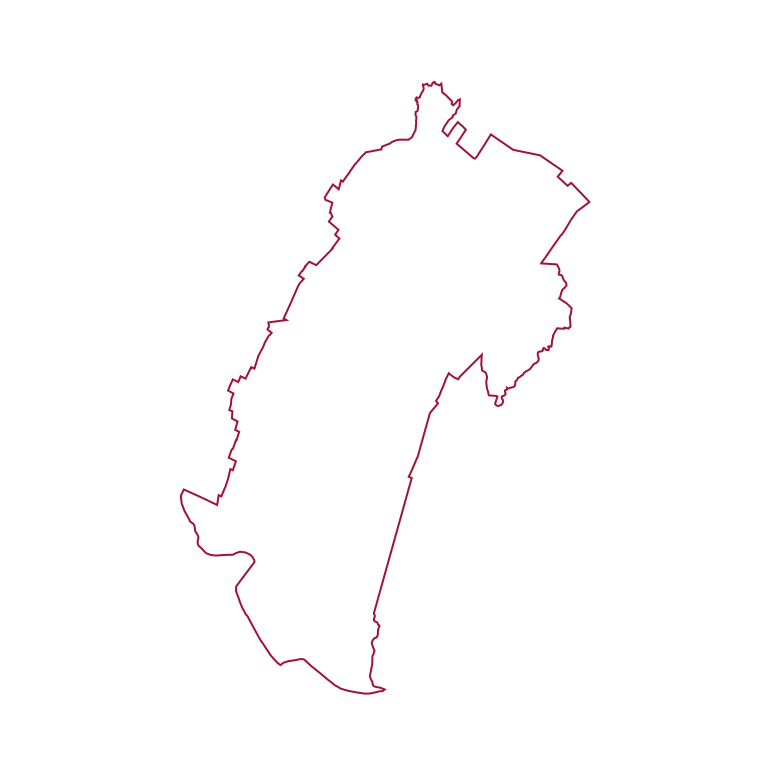 outline of Zaragoza, Puebla, Mexico, rotated 17°
{"feature_id": "50627088B7057522682097", "entity_name": "Zaragoza", "entity_type": "district", "adm_level": 2, "iso_a3": "MEX", "parent_name": "Mexico", "parent_adm1": "Puebla", "projection": "orthographic", "projection_center": [-97.566, 19.746], "detail": "fine", "context": "isolated", "style": "outline", "palette": "rose", "viewbox_px": 768, "rotation_deg": 17, "n_neighbors": 0, "source": "geoboundaries", "source_scale": "gbopen_adm2", "svg_char_len": 6112}
<svg xmlns="http://www.w3.org/2000/svg" viewBox="0 0 768 768"><g transform="rotate(17 384 384)"><path d="M413.2,114.1L410.4,124.9L406.4,139.1L405.2,141.8L403.8,141.9L393.9,137.6L383.2,132.9L388.0,117.0L384.5,114.9L378.0,112.0L375.2,119.1L372.5,128.4L365.9,125.0L366.7,119.3L367.8,116.1L368.6,113.0L371.7,108.8L371.2,107.8L371.7,106.4L373.5,104.6L373.4,100.4L373.8,99.2L375.1,96.4L375.0,96.1L373.3,89.7L371.9,90.8L370.1,94.9L368.7,96.9L368.6,97.2L366.8,96.4L366.5,93.9L358.8,89.7L354.5,88.1L351.0,80.0L349.7,82.2L345.2,81.8L344.7,80.7L343.6,80.4L342.5,81.8L342.1,84.9L339.2,85.6L337.4,84.2L335.4,85.9L333.7,86.2L334.0,87.1L335.4,89.4L335.7,90.5L335.6,92.0L334.8,94.7L334.3,99.7L333.0,100.4L331.3,100.4L331.1,101.8L331.0,102.9L332.5,102.9L332.3,104.1L333.7,104.6L333.9,106.6L334.8,107.1L335.8,109.5L336.1,111.4L336.1,113.3L334.8,114.6L335.2,116.8L337.2,119.8L337.6,122.8L338.4,124.7L339.3,129.0L339.9,132.0L339.0,136.8L338.6,139.8L335.9,143.3L327.6,145.7L325.1,146.9L320.7,150.3L319.5,152.2L312.7,157.6L312.9,160.4L303.6,165.3L298.6,167.9L298.6,168.5L296.4,172.4L292.8,180.8L292.0,182.5L289.2,190.9L289.2,191.6L287.3,196.8L285.5,202.5L284.0,201.9L283.4,201.8L283.8,211.0L281.1,209.9L276.8,208.2L272.7,223.0L274.2,225.0L281.6,225.7L281.8,230.2L282.2,236.1L283.1,236.0L285.4,238.6L285.8,238.9L285.8,239.2L285.4,239.6L283.8,244.8L295.4,249.9L293.6,255.5L298.8,257.9L294.8,269.3L295.2,269.5L293.3,273.3L287.2,284.9L284.5,290.2L279.8,289.4L276.9,288.9L274.1,294.5L274.5,294.7L272.9,299.9L272.4,300.2L270.7,305.1L276.5,306.8L274.0,312.3L273.2,315.8L271.2,333.2L268.9,350.6L271.9,351.4L259.4,357.1L255.4,359.0L255.6,359.5L256.2,360.4L257.1,362.1L257.2,362.7L257.1,363.5L256.8,364.1L256.7,364.9L256.6,365.6L256.7,366.0L257.5,366.3L261.6,367.9L260.6,370.3L259.8,371.3L258.5,376.5L257.9,379.7L257.6,383.9L256.5,389.1L255.6,394.3L255.6,407.2L254.3,407.0L252.6,406.7L252.5,407.3L252.0,407.1L251.0,413.1L250.0,419.3L244.7,418.6L244.0,424.8L238.1,423.8L237.3,429.8L236.8,435.9L242.9,437.1L242.4,442.9L243.6,448.4L243.7,454.2L247.0,454.4L248.6,461.4L254.9,462.6L255.1,471.4L259.5,472.1L259.4,481.3L258.8,481.2L258.5,490.0L257.5,491.2L257.1,499.9L265.0,501.2L264.6,510.7L262.0,510.3L262.6,520.3L262.4,529.5L262.2,529.9L261.3,539.0L258.4,538.6L259.5,546.3L259.7,548.5L248.9,546.8L240.5,545.6L224.0,543.5L223.4,543.4L222.4,550.4L225.5,557.5L230.3,563.7L237.5,570.6L238.4,572.0L240.5,572.8L241.8,573.1L242.5,573.5L243.7,574.3L244.3,575.3L245.9,578.4L246.0,579.0L246.6,580.0L248.5,581.6L250.2,583.2L250.8,584.0L251.4,584.9L251.5,585.8L251.7,588.6L252.1,590.0L252.6,591.1L253.1,592.0L254.3,593.0L257.8,594.6L259.1,595.5L263.4,597.8L265.8,597.9L267.9,598.2L271.5,597.6L274.6,596.8L277.6,595.6L280.3,594.5L283.0,593.6L285.4,592.7L288.0,592.0L289.5,591.4L292.2,588.7L295.4,586.5L300.9,585.6L306.1,586.4L308.6,587.7L311.4,590.4L312.2,592.1L301.8,620.8L303.1,625.5L307.0,630.5L311.6,636.7L313.9,639.4L316.9,642.3L319.1,644.7L320.9,645.6L321.2,645.8L331.8,656.4L340.8,665.1L343.8,667.4L345.4,668.7L354.8,676.5L360.4,680.0L364.1,682.0L367.1,683.1L369.5,679.8L373.5,677.1L379.9,674.0L384.5,671.5L387.1,670.8L388.7,671.0L396.9,675.0L407.9,679.4L416.3,683.0L421.5,684.9L424.3,686.2L432.0,688.0L439.2,687.9L449.0,686.8L456.2,685.7L460.6,684.3L466.3,681.2L469.2,679.4L472.5,678.0L474.0,675.9L469.0,675.5L465.0,676.1L463.2,676.0L461.7,675.5L460.7,674.0L459.9,672.2L457.6,670.1L456.7,668.7L456.0,667.4L455.7,665.8L455.3,661.7L455.1,660.0L454.8,656.1L454.5,654.4L453.8,652.5L453.4,650.9L453.1,649.7L452.6,648.2L452.7,646.3L452.9,644.8L452.9,641.8L451.2,639.8L449.0,636.9L447.9,634.9L448.1,632.5L448.6,630.8L449.5,629.6L450.7,628.8L451.5,626.7L451.0,624.0L450.3,621.4L450.2,618.1L450.5,616.6L449.6,616.1L448.6,615.8L448.0,615.0L447.4,614.0L445.5,613.8L444.5,613.6L443.6,613.1L443.0,612.0L443.2,610.3L443.2,609.5L443.0,608.3L442.4,607.5L441.8,607.0L441.3,606.0L441.3,604.6L441.3,603.3L438.0,465.8L434.8,465.5L435.7,459.4L435.8,458.3L436.2,454.6L437.2,445.4L437.3,444.9L437.5,443.8L436.4,398.4L441.3,386.7L438.7,385.0L440.3,379.4L440.7,373.1L441.2,369.9L441.5,365.5L441.7,361.1L442.8,354.8L446.4,356.2L449.1,357.2L453.5,357.8L454.5,354.6L469.0,327.4L469.7,330.7L470.7,334.2L471.2,336.8L472.4,339.1L473.9,342.4L475.1,342.7L477.2,343.1L478.5,344.1L480.4,347.0L480.8,348.1L480.8,349.6L481.0,351.6L481.6,353.2L482.6,355.6L484.0,358.4L484.6,359.4L485.8,361.0L486.4,362.2L487.4,363.9L487.8,364.2L494.8,362.6L496.1,362.8L496.0,370.4L497.2,371.4L498.7,371.8L500.2,371.4L500.8,370.8L502.2,369.8L502.9,368.1L503.1,366.6L502.8,365.2L502.3,364.5L501.4,363.9L500.6,362.8L500.3,361.8L500.6,361.1L502.0,360.2L502.6,359.4L503.2,358.3L503.1,357.8L502.5,356.8L501.9,355.8L501.6,354.8L502.3,354.3L503.0,353.1L503.3,352.8L502.8,351.7L504.0,352.1L504.2,351.9L506.8,350.1L508.5,349.2L509.4,348.3L509.7,347.4L509.3,345.1L509.3,344.4L508.9,343.3L509.0,342.7L509.6,342.1L509.9,341.4L510.5,338.7L511.8,337.7L512.7,336.2L514.2,334.5L514.5,332.7L516.2,330.3L517.7,328.8L519.0,327.4L519.9,325.4L520.3,323.9L520.8,322.7L521.4,321.2L522.2,320.3L523.1,319.7L524.4,317.9L524.7,316.8L524.9,315.8L524.3,314.1L523.6,313.0L522.5,311.3L522.1,309.8L522.1,308.7L522.7,307.8L524.2,307.2L524.6,306.9L525.8,306.2L526.0,305.5L525.8,303.7L526.3,302.9L527.1,302.9L527.9,303.2L528.4,303.8L529.1,304.0L530.7,303.7L531.4,303.3L531.6,303.1L531.5,302.7L531.1,301.9L531.1,301.2L530.1,300.3L530.8,299.8L531.7,299.4L532.7,299.6L533.2,299.0L532.9,297.9L532.6,295.8L532.0,293.4L532.0,290.3L531.5,288.7L532.3,283.8L533.4,280.0L536.3,279.5L540.2,278.4L540.1,277.3L544.4,277.0L544.6,275.7L545.6,274.7L544.1,270.5L542.0,265.8L542.2,262.7L541.3,256.7L535.2,253.5L526.5,251.0L527.0,249.4L526.8,244.1L527.1,241.5L528.9,238.5L529.7,236.5L529.1,234.9L528.2,233.7L526.9,233.0L525.4,231.9L524.1,230.4L523.2,228.9L522.4,228.2L521.4,227.9L519.8,228.3L519.1,228.2L518.8,227.2L518.8,225.8L518.7,224.5L518.0,222.9L515.8,220.4L514.3,219.1L499.1,222.7L499.3,221.6L502.2,213.3L504.4,205.9L509.6,190.2L510.5,188.7L512.3,182.8L514.7,172.7L517.9,162.7L527.2,150.0L525.0,148.6L504.2,136.9L501.6,140.8L489.5,134.9L492.3,128.2L492.4,127.9L466.3,119.7L439.1,122.3L413.2,114.1Z" fill="none" stroke="#9f1239" stroke-width="2"/></g></svg>